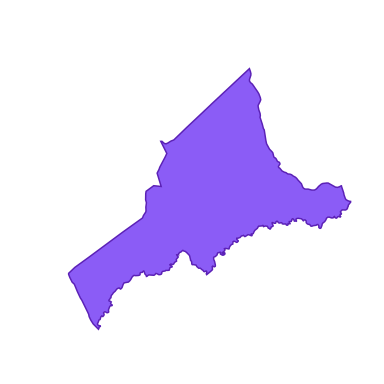 Siloe, Mohale's Hoek, Lesotho, rotated 69°
{"feature_id": "5366337B49038686470651", "entity_name": "Siloe", "entity_type": "district", "adm_level": 2, "iso_a3": "LSO", "parent_name": "Lesotho", "parent_adm1": "Mohale's Hoek", "projection": "mercator", "projection_center": [27.347, -29.998], "detail": "fine", "context": "isolated", "style": "filled", "palette": "violet", "viewbox_px": 384, "rotation_deg": 69, "n_neighbors": 0, "source": "geoboundaries", "source_scale": "gbopen_adm2", "svg_char_len": 6033}
<svg xmlns="http://www.w3.org/2000/svg" viewBox="0 0 384 384"><g transform="rotate(69 192 192)"><path d="M274.4,207.9L272.9,203.3L272.0,201.0L271.6,200.6L268.8,199.8L268.7,199.4L268.6,199.2L269.6,198.3L269.9,197.7L269.7,196.9L268.7,196.4L267.6,196.2L264.9,195.8L262.6,195.9L260.8,195.2L260.6,194.7L260.6,193.3L259.7,191.1L258.6,190.4L258.1,189.9L258.3,187.3L258.5,187.0L259.2,186.9L259.6,187.5L260.1,187.7L261.5,186.6L262.0,186.0L262.2,185.1L262.1,184.5L261.9,183.8L261.6,183.5L261.0,183.2L260.5,183.3L260.3,183.5L260.7,184.3L260.7,184.9L260.5,185.3L259.8,185.5L259.4,185.1L258.6,182.7L257.7,181.9L256.6,182.1L256.5,181.6L256.7,180.8L258.4,178.0L258.3,177.7L257.1,176.9L256.2,175.9L255.3,174.2L255.1,173.3L255.3,172.7L253.1,171.5L253.0,171.2L253.0,170.4L253.9,169.3L254.9,168.6L255.1,167.9L254.6,166.6L254.1,166.3L252.2,167.2L251.2,166.8L251.6,165.5L251.7,163.4L250.9,162.0L250.8,161.0L251.0,160.2L250.9,159.5L252.5,158.7L252.6,158.1L251.9,155.0L252.5,154.0L254.1,152.3L254.2,151.7L253.9,151.4L252.8,151.9L252.5,151.8L252.5,151.3L252.9,150.6L252.7,149.7L251.1,148.1L250.3,147.0L249.3,143.9L248.4,143.1L248.3,142.6L247.8,142.1L248.6,139.3L248.6,137.9L248.8,137.6L249.6,137.8L250.0,137.6L250.0,135.8L250.9,134.1L251.2,133.9L253.1,133.7L253.7,132.9L254.3,132.8L254.6,132.1L253.8,131.1L253.1,130.7L253.1,129.8L252.8,128.4L252.4,128.3L250.7,128.5L249.6,128.3L249.3,128.1L249.4,127.7L250.6,126.5L251.1,125.3L251.0,125.0L249.9,124.2L249.7,123.6L249.9,122.9L250.2,122.7L251.6,122.3L252.1,121.9L252.5,121.0L252.5,120.0L252.7,119.5L253.2,119.1L254.1,119.1L254.6,118.3L255.4,116.0L255.6,115.8L256.7,115.7L257.1,115.1L257.2,114.6L256.9,114.0L256.0,113.8L255.8,113.5L256.1,113.0L256.7,112.2L256.7,111.8L255.2,111.9L254.5,111.8L255.0,109.8L254.3,109.3L254.1,108.8L253.4,108.6L253.1,108.0L253.1,107.6L253.8,107.0L254.8,106.8L255.6,107.0L256.0,106.7L256.2,105.7L256.7,105.1L256.6,104.9L256.2,104.8L254.8,104.8L254.4,104.2L254.3,103.7L254.6,102.3L256.2,99.5L256.8,99.1L258.8,98.4L258.8,98.0L258.2,97.3L258.5,96.5L258.9,96.2L259.9,95.8L261.3,96.3L261.9,96.3L263.0,95.8L263.8,95.1L264.4,93.8L266.5,93.2L266.9,92.3L266.9,90.8L267.5,88.2L267.5,87.8L267.2,87.2L267.4,86.2L268.8,85.8L269.6,85.9L270.5,86.3L270.9,86.2L271.7,85.7L271.9,85.1L271.8,84.5L269.7,82.6L268.5,81.9L267.9,81.0L267.2,78.7L265.9,76.9L264.7,75.9L264.2,74.3L264.6,72.9L266.1,71.2L266.7,69.8L266.5,68.8L265.9,68.2L265.9,67.8L267.4,67.5L268.0,66.9L268.2,66.3L267.4,65.0L267.4,63.8L268.3,62.9L268.5,62.4L268.1,62.0L267.6,62.2L266.5,62.1L265.9,61.4L266.2,60.7L265.8,60.3L265.1,60.3L264.1,60.6L263.6,60.5L262.5,58.2L263.8,55.2L263.7,54.0L263.4,53.3L262.8,52.6L262.1,52.3L261.6,51.5L260.3,50.8L258.3,47.5L257.6,47.3L257.1,48.3L256.0,49.6L254.4,50.9L253.1,51.2L249.2,51.1L247.0,50.7L240.3,50.4L239.8,50.3L239.7,51.1L240.0,52.3L239.8,54.7L239.3,55.4L239.1,56.1L232.5,61.6L231.9,63.0L230.9,66.9L231.0,68.5L232.1,71.7L233.7,74.7L234.1,76.9L233.1,79.5L230.8,82.7L230.6,83.5L229.7,85.5L228.6,86.4L227.9,86.7L226.9,86.9L223.5,86.9L218.5,88.9L217.0,89.3L215.5,90.0L214.8,90.5L213.5,91.7L211.5,92.9L210.4,94.2L209.6,95.9L208.8,96.6L207.9,97.1L207.4,97.5L206.8,98.5L204.6,100.4L201.2,101.5L200.7,102.0L199.9,102.3L199.2,102.2L198.1,100.9L197.5,99.9L196.8,99.7L195.6,99.8L194.5,100.9L193.8,101.3L191.7,101.5L190.7,101.7L190.1,102.0L189.5,102.7L188.4,103.0L184.4,102.5L183.3,102.8L179.8,104.3L173.7,105.1L170.5,104.6L159.9,102.3L158.3,102.6L154.0,102.1L146.5,101.7L145.4,100.9L143.0,100.3L139.3,100.2L135.8,99.6L134.8,99.2L132.1,96.2L130.6,94.8L128.4,94.4L124.3,94.4L122.0,94.8L112.9,97.0L111.0,98.1L109.1,98.6L107.5,98.0L104.2,95.3L102.7,94.6L100.5,94.3L97.4,94.2L117.1,142.8L117.4,143.4L129.8,173.7L136.9,190.4L136.9,193.4L137.6,196.9L137.7,199.0L136.8,200.4L133.9,201.9L133.5,203.0L147.0,201.7L149.6,204.4L157.4,213.3L159.0,214.6L161.9,217.8L175.8,218.8L172.4,225.5L174.9,234.6L177.0,235.8L182.7,238.1L185.7,238.4L189.6,240.5L192.6,241.5L194.0,242.2L196.6,245.8L198.5,247.5L204.6,270.9L216.0,311.9L220.4,328.4L223.7,336.3L224.7,336.7L228.0,336.7L233.2,336.2L235.9,334.9L243.9,334.7L250.9,334.2L253.7,333.6L267.3,332.4L269.2,332.3L271.6,332.7L275.3,332.4L279.8,331.5L286.6,328.5L285.6,327.5L285.0,327.3L284.7,326.8L284.7,325.8L284.1,325.6L283.0,327.1L282.1,327.7L281.2,327.5L279.4,325.7L278.4,325.0L278.2,324.7L278.1,323.5L276.1,322.0L275.4,320.9L275.4,320.6L276.3,319.9L275.8,318.8L275.3,318.2L274.6,317.9L273.2,317.9L272.7,317.1L272.6,316.5L272.9,315.7L274.0,315.0L274.4,314.2L274.4,313.2L274.1,312.7L273.1,312.6L271.7,311.9L269.4,309.8L269.0,308.8L269.4,307.6L269.2,307.1L268.9,307.0L267.6,307.8L266.8,307.9L265.7,306.8L264.7,307.4L264.3,308.3L263.6,308.5L263.1,308.2L262.5,307.0L261.8,306.4L261.7,305.6L260.2,304.8L259.4,304.1L259.2,303.3L257.9,301.5L257.1,299.3L255.9,297.4L255.4,296.2L255.4,294.7L255.6,294.2L256.7,293.8L257.0,293.5L256.8,292.6L256.1,291.5L253.5,289.3L252.5,287.9L253.3,283.6L252.6,281.9L251.8,280.6L250.0,278.5L249.1,276.6L249.1,276.0L249.9,274.6L250.7,272.0L250.8,270.6L250.5,270.1L249.4,269.7L248.9,269.2L248.8,268.7L249.2,267.2L248.5,266.1L248.4,265.6L248.5,265.3L249.0,265.2L251.8,265.3L253.6,264.6L254.5,264.8L254.6,264.3L254.0,262.7L254.0,261.9L256.1,257.4L256.0,256.6L255.1,254.9L255.7,254.0L257.3,252.6L257.7,251.5L257.7,250.1L257.3,249.5L256.5,249.3L255.6,248.1L256.1,245.3L255.9,244.8L255.8,244.6L256.6,242.5L256.8,241.3L254.7,239.6L254.6,238.5L254.9,237.8L254.8,237.5L254.6,237.3L253.8,237.5L252.4,238.7L251.9,238.7L251.8,238.3L251.7,237.5L252.2,236.8L252.6,236.4L252.8,235.6L252.6,234.8L252.3,234.6L251.4,233.2L251.0,231.2L249.2,230.8L248.0,228.5L247.7,228.1L246.1,228.7L245.2,228.7L245.9,227.0L245.1,226.9L244.6,226.5L244.4,225.6L244.0,225.1L244.1,224.0L243.7,222.8L243.3,222.1L243.2,221.4L244.4,220.6L244.9,219.7L247.1,218.4L247.8,218.3L248.9,217.6L250.7,217.1L254.5,217.6L255.0,217.8L256.6,217.4L257.2,217.4L259.1,218.0L259.9,217.8L260.3,216.7L261.7,214.4L263.4,214.2L265.5,213.1L266.1,211.6L268.5,210.3L269.0,209.8L270.4,209.5L270.9,208.8L270.8,207.2L271.3,206.8L272.4,207.0L273.5,208.0L274.4,207.9Z" fill="#8b5cf6" stroke="#5b21b6" stroke-width="1.5"/></g></svg>